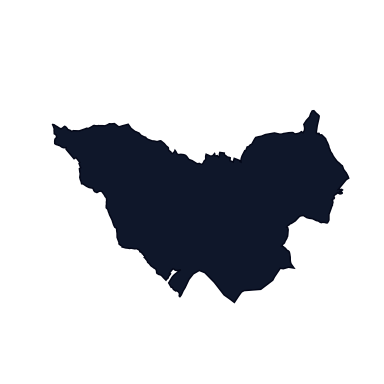 Nasaud, Bistrita-Nasaud, Romania, rotated 282°
{"feature_id": "2599482B93549401170877", "entity_name": "Nasaud", "entity_type": "district", "adm_level": 2, "iso_a3": "ROU", "parent_name": "Romania", "parent_adm1": "Bistrita-Nasaud", "projection": "natural_earth1", "projection_center": [24.415, 47.298], "detail": "fine", "context": "isolated", "style": "filled", "palette": "ink", "viewbox_px": 384, "rotation_deg": 282, "n_neighbors": 0, "source": "geoboundaries", "source_scale": "gbopen_adm2", "svg_char_len": 6054}
<svg xmlns="http://www.w3.org/2000/svg" viewBox="0 0 384 384"><g transform="rotate(282 192 192)"><path d="M292.8,300.6L293.9,299.1L294.7,297.4L296.9,294.3L296.3,292.7L293.3,291.8L289.9,291.4L285.8,289.0L281.4,287.3L280.1,288.0L278.2,288.8L276.6,289.1L274.9,289.0L273.0,288.3L273.8,286.5L273.3,286.0L272.8,285.7L272.1,284.9L271.4,283.7L270.5,281.6L270.3,280.8L270.3,280.2L270.5,279.6L270.9,279.0L271.1,278.2L270.8,276.9L270.2,274.6L268.8,271.0L268.2,269.3L267.4,268.1L266.8,266.0L266.9,260.4L263.4,251.8L261.0,248.3L259.9,245.6L258.6,243.0L256.7,242.2L251.1,240.5L250.2,239.2L248.0,237.9L247.6,236.6L244.4,236.1L243.1,235.6L243.3,235.0L237.8,233.5L235.3,233.2L234.0,233.3L231.4,233.7L231.7,232.7L232.1,232.8L232.7,232.7L232.8,232.2L232.8,231.4L233.0,230.5L233.7,226.3L229.8,226.1L229.9,225.5L230.2,224.6L230.4,223.0L230.6,222.6L231.2,222.5L233.4,222.3L233.6,221.3L233.5,220.3L233.7,218.9L234.3,218.0L234.8,216.6L236.0,215.6L236.8,215.5L236.5,211.0L235.3,210.9L234.0,211.1L232.6,211.1L231.7,210.9L232.1,210.5L232.2,209.3L232.8,209.1L232.2,207.6L232.1,206.8L233.9,206.4L234.3,206.1L231.9,204.8L231.5,204.3L231.0,202.8L231.0,202.2L231.6,199.7L231.7,198.7L231.9,198.0L230.6,197.9L229.4,198.0L227.0,198.6L226.2,198.4L224.8,197.4L223.3,197.1L221.6,196.5L221.1,195.6L221.0,194.8L221.3,193.9L221.5,193.2L220.8,191.7L220.9,190.5L222.7,185.6L223.1,182.8L223.3,182.0L225.6,179.5L226.5,178.1L226.8,176.2L226.5,173.1L225.7,171.0L226.2,169.4L228.2,167.8L229.2,166.7L228.4,166.6L227.5,166.3L226.1,165.4L225.5,164.6L225.9,163.6L226.3,163.3L227.0,162.7L227.3,161.7L228.1,160.5L228.7,160.1L230.2,159.7L230.6,159.4L231.7,157.2L233.6,154.8L235.5,151.1L235.5,150.2L234.0,147.4L234.0,144.3L233.7,142.5L234.4,137.6L235.0,136.2L235.9,135.3L236.0,133.6L236.9,130.2L238.7,127.8L238.7,127.5L239.3,124.6L239.4,123.6L241.7,118.9L242.2,118.5L245.0,115.5L244.1,113.8L242.3,110.2L241.1,108.1L240.7,107.3L240.8,106.0L242.1,103.5L242.8,101.9L241.8,98.8L241.6,97.0L240.0,95.2L238.6,93.1L238.3,91.0L238.2,90.5L237.4,86.4L237.2,86.1L237.0,85.5L236.7,83.5L236.8,82.9L236.7,82.3L236.3,81.6L235.4,80.8L233.0,78.0L232.6,77.3L232.4,75.5L231.8,74.8L228.8,69.8L228.3,68.9L228.0,67.3L227.3,63.2L226.2,61.7L226.9,60.3L227.3,57.6L228.0,56.8L229.1,55.6L229.8,53.9L229.2,53.2L227.6,52.0L226.6,50.8L226.7,49.8L227.0,48.7L227.9,46.5L228.4,44.8L229.1,43.2L229.1,41.7L228.8,41.6L228.5,42.0L227.8,42.5L225.1,44.1L222.9,44.4L222.6,44.7L220.8,45.0L220.2,45.3L220.1,46.0L219.9,46.7L219.5,47.1L218.6,47.7L217.3,48.3L215.8,47.2L214.8,47.0L213.2,47.1L210.8,47.7L210.2,49.3L210.1,51.1L209.9,51.6L210.0,52.6L208.8,55.5L208.6,56.9L208.8,58.1L209.3,59.6L207.6,60.0L200.0,69.7L201.6,71.4L197.6,76.1L196.4,75.6L192.5,78.1L191.4,77.0L188.3,78.1L186.6,78.9L183.0,79.2L181.1,80.1L178.9,81.5L177.1,82.3L177.2,82.9L177.2,83.9L175.7,87.6L175.0,90.3L175.1,94.3L173.0,95.7L172.1,96.8L171.7,99.1L173.4,101.1L173.8,102.2L173.9,103.5L171.2,106.6L169.4,108.1L168.6,109.4L166.1,110.3L165.1,110.3L163.8,110.5L162.4,110.9L161.2,110.9L160.1,111.1L158.7,111.4L157.5,113.2L155.8,114.1L154.2,115.1L153.9,115.4L152.7,116.0L148.1,119.6L143.7,122.1L141.6,123.7L140.7,125.8L138.8,126.3L136.0,127.3L132.0,128.2L127.3,131.2L126.3,131.3L125.8,131.6L124.1,135.5L123.7,135.3L123.5,138.7L123.8,141.3L123.8,142.7L124.4,144.0L124.5,147.8L125.1,149.7L124.3,152.3L123.6,153.1L122.8,153.4L122.7,153.7L122.5,154.8L122.2,155.5L121.8,155.9L121.3,156.2L120.9,157.2L120.6,157.6L120.1,157.9L119.7,158.9L119.2,159.2L118.9,159.2L118.0,158.9L117.8,159.5L117.5,160.0L116.9,160.6L115.6,162.3L115.1,162.7L114.4,163.0L114.0,163.3L113.1,165.0L112.2,166.2L111.6,166.7L111.0,167.8L110.4,169.3L109.7,170.7L109.7,171.2L109.2,172.1L109.0,172.7L108.4,173.2L106.4,174.1L106.0,174.1L105.7,174.3L105.3,174.5L105.0,174.9L104.9,175.5L104.5,176.4L104.4,177.2L104.6,177.5L104.1,179.2L103.0,181.0L102.6,181.4L100.3,184.9L101.2,185.3L103.1,186.6L103.4,186.2L107.5,188.0L108.0,186.8L112.4,189.0L113.1,189.6L112.0,191.9L112.0,193.0L112.1,193.8L112.9,195.9L113.4,196.6L113.2,196.8L108.1,192.5L106.6,191.4L105.7,190.9L104.6,190.3L98.2,188.1L98.0,188.3L94.4,191.5L94.7,192.7L93.4,193.6L92.9,194.1L92.6,194.6L91.8,196.8L92.4,197.3L91.8,198.9L91.2,199.9L89.7,201.0L88.2,201.0L87.7,201.1L87.1,201.6L87.1,202.0L89.1,202.9L93.6,203.9L97.0,205.1L105.9,207.2L112.2,210.3L116.8,215.4L115.8,221.3L108.3,232.6L98.0,244.8L95.7,250.2L92.8,256.4L100.2,259.3L104.5,261.2L106.4,263.5L111.1,279.5L122.5,289.3L126.1,290.3L135.8,294.2L135.9,297.2L138.5,302.1L138.8,307.6L142.1,304.0L143.7,303.0L145.7,302.3L148.7,301.6L151.7,300.5L153.6,299.6L154.4,298.5L154.9,296.7L156.0,295.5L156.6,294.6L156.7,293.7L157.4,293.1L157.8,290.8L158.8,291.5L159.7,291.6L160.5,292.4L161.4,293.0L162.5,293.2L163.3,293.3L165.9,294.2L166.8,294.4L167.8,294.4L168.3,294.7L169.8,294.6L175.1,293.9L176.9,293.1L177.3,291.8L178.1,292.1L179.4,293.0L179.9,293.7L180.8,294.2L181.7,295.1L181.9,295.7L185.3,299.1L187.2,300.2L188.3,300.9L189.2,301.4L190.4,302.2L191.3,303.3L191.7,304.5L192.2,305.8L190.8,309.7L190.7,312.5L190.9,314.3L190.9,315.8L189.9,319.5L189.9,321.7L189.1,323.5L188.9,324.8L189.5,326.0L189.8,327.9L189.7,330.0L190.0,330.9L192.5,331.7L193.3,331.7L198.5,330.6L204.3,331.4L207.0,331.7L208.2,332.1L209.2,331.9L211.2,332.0L211.9,331.6L212.5,331.6L213.2,330.9L213.6,330.7L214.3,331.2L214.6,332.0L215.3,332.4L215.9,332.5L216.6,331.8L218.3,331.8L220.8,334.2L221.5,334.4L220.9,336.8L221.1,338.0L221.4,338.2L221.6,338.7L221.9,339.1L222.2,339.2L222.7,338.9L222.9,338.5L222.7,338.0L222.7,337.4L222.8,336.6L222.9,336.4L223.2,336.4L223.3,336.7L224.0,337.6L224.6,338.3L225.3,338.8L225.7,337.9L225.3,336.6L225.2,336.1L225.4,335.3L225.1,334.6L235.9,340.2L236.9,341.1L238.1,342.4L240.0,341.2L243.0,338.7L243.6,337.8L244.7,336.7L245.5,335.7L247.3,334.6L248.9,333.6L249.3,332.5L251.0,329.8L252.1,327.6L255.2,324.0L257.0,322.2L258.2,321.4L260.5,319.0L262.2,318.1L263.4,317.1L265.8,316.0L268.3,314.3L270.8,312.2L271.5,312.0L272.5,310.8L273.3,309.5L274.0,308.4L274.9,307.0L274.5,305.6L274.7,304.3L275.7,304.2L275.6,303.0L275.1,302.2L275.8,301.2L282.8,300.7L290.7,300.8L292.8,300.6Z" fill="#0f172a" stroke="#020617" stroke-width="1.5"/></g></svg>